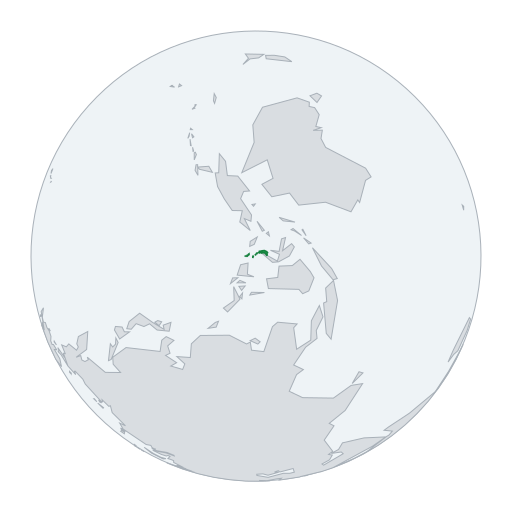 Sulawesi Utara on an orthographic globe, rotated 222°
{"feature_id": "IDN-513", "entity_name": "Sulawesi Utara", "entity_type": "Province", "adm_level": 1, "iso_a3": "IDN", "parent_name": "Indonesia", "parent_adm1": "", "projection": "orthographic", "projection_center": [125.095, 2.916], "detail": "fine", "context": "on_globe", "style": "filled", "palette": "green", "viewbox_px": 512, "rotation_deg": 222, "n_neighbors": 0, "source": "natural_earth", "source_scale": "10m", "svg_char_len": 9882}
<svg xmlns="http://www.w3.org/2000/svg" viewBox="0 0 512 512"><g transform="rotate(222 256 256)"><circle cx="256" cy="256" r="225" fill="#eef3f6" stroke="#a8b0b8"/><path d="M433.1,324.6L432.9,326.2L432.7,326.4L433.1,324.6ZM369.6,61.5L365.5,59.7L370.7,63.5L363.7,59.2L378.5,71.0L379.3,75.3L373.8,67.5L369.7,64.6L368.0,65.6L363.4,62.9L359.9,62.1L354.6,59.1L351.8,55.6L348.3,53.8L347.3,54.7L341.3,52.9L343.3,51.6L333.1,48.4L326.5,43.6L335.8,45.3L353.1,52.7L369.6,61.5ZM465.4,185.1L463.5,180.1L465.2,182.7L465.4,185.1ZM461.9,177.5L462.7,179.1L462.0,177.8L461.9,177.5ZM461.2,176.9L461.7,177.3L461.3,177.3L461.2,176.9ZM460.3,176.7L460.7,176.5L460.7,176.8L460.3,176.7ZM458.3,174.8L457.8,174.2L458.0,173.6L458.3,174.8ZM375.4,67.4L375.8,66.8L377.0,68.4L375.4,67.4ZM360.4,62.6L361.7,63.7L359.4,62.9L360.4,62.6ZM349.0,57.7L344.8,56.4L348.6,57.1L349.0,57.7ZM342.0,55.3L331.8,52.9L334.0,54.9L322.2,48.4L334.8,52.2L339.1,52.5L339.0,53.6L342.0,55.3ZM317.3,45.5L314.4,44.6L316.9,44.9L317.3,45.5ZM62.9,139.9L62.9,140.0L75.3,121.9L75.6,121.1L88.0,105.9L88.7,105.2L88.4,107.8L91.3,104.5L97.4,96.5L103.5,91.3L100.3,93.4L97.1,96.8L95.0,98.5L97.8,95.6L99.8,93.7L100.7,92.8L112.8,82.0L125.8,72.2L139.3,63.3L153.5,55.4L168.2,48.5L183.4,42.7L183.9,42.6L170.1,48.7L164.5,50.7L166.7,49.3L156.8,54.2L161.4,52.0L159.4,53.3L166.8,50.3L165.7,51.1L174.6,47.2L174.1,47.9L168.5,50.3L179.0,47.5L180.3,48.8L183.2,47.8L185.9,46.5L185.8,49.6L188.0,48.8L188.8,47.4L193.6,45.2L202.1,42.7L201.6,43.9L198.5,44.9L191.2,49.4L183.0,52.7L183.6,53.0L190.6,50.5L199.5,44.9L204.7,43.2L201.3,45.5L203.0,44.5L205.4,44.1L207.4,44.9L211.5,42.4L239.0,38.5L245.5,40.6L239.4,42.5L258.1,43.4L264.0,47.3L264.8,45.8L274.2,46.2L272.5,44.9L273.6,44.3L297.2,46.6L302.3,48.6L313.4,49.4L313.8,48.8L310.6,47.2L322.2,48.4L334.0,54.9L332.5,55.8L340.9,59.9L336.2,61.6L336.3,65.4L326.3,65.9L327.2,69.5L330.4,70.8L334.1,77.3L330.5,87.3L319.3,73.2L321.9,60.4L319.6,64.7L315.9,62.2L312.5,63.1L311.2,66.7L313.7,67.9L290.1,68.7L278.7,78.8L289.7,80.0L294.7,84.9L291.3,101.0L263.4,120.9L269.7,130.4L268.8,136.0L260.5,138.4L261.5,130.1L254.8,126.2L256.7,121.6L243.6,123.6L245.7,117.2L234.6,122.6L236.7,128.2L247.5,128.3L236.9,136.6L245.3,147.5L244.2,159.7L222.8,179.3L204.2,184.3L202.6,188.2L196.3,183.0L186.2,190.2L196.5,214.5L195.6,221.3L180.0,233.0L180.0,227.9L163.4,213.9L159.0,230.1L171.5,244.9L175.8,261.6L165.5,255.6L161.4,241.0L155.5,235.6L158.1,221.4L155.1,200.2L144.8,203.3L146.5,195.0L140.8,177.7L126.6,181.9L103.4,202.2L98.7,223.5L91.4,232.5L86.4,200.9L89.6,180.6L84.4,182.0L82.1,164.8L68.3,162.2L69.3,157.1L66.1,159.1L65.0,153.7L67.8,145.6L65.8,145.8L58.9,167.4L61.5,167.4L67.9,159.7L65.2,167.5L66.7,175.0L54.0,193.1L38.5,208.4L42.2,192.5L57.2,150.1L59.6,145.7L59.9,145.2L60.4,144.3L56.5,151.4L57.6,149.3L62.9,139.9ZM57.1,150.2L47.2,172.0L42.7,184.6L38.2,209.3L37.4,211.7L37.5,217.1L44.2,212.2L43.1,217.6L36.8,241.9L32.0,275.2L35.7,299.1L40.4,319.4L42.9,329.1L38.1,313.0L34.4,296.6L32.0,280.0L30.8,263.3L30.9,246.5L32.2,229.8L34.8,213.2L38.6,196.9L43.6,180.9L49.8,165.3L57.1,150.2ZM82.9,121.0L86.2,122.9L93.8,111.4L95.8,111.4L97.7,107.8L94.4,110.6L100.4,101.1L105.1,98.7L109.4,94.3L108.5,93.5L98.9,99.6L90.2,112.9L85.5,117.1L82.9,121.0ZM217.0,34.1L214.0,34.7L212.7,34.9L217.0,34.1ZM72.5,125.3L73.0,124.7L70.8,127.8L72.5,125.3ZM211.5,35.2L209.4,35.6L208.2,35.8L211.1,35.2L211.5,35.2ZM219.9,33.6L219.3,33.8L217.4,34.1L219.8,33.6L219.9,33.6ZM132.3,429.0L136.9,431.9L134.9,431.9L132.3,429.0ZM46.4,318.0L56.2,353.0L54.3,352.7L49.3,342.0L42.6,320.6L43.2,315.1L42.3,305.7L46.4,318.0ZM232.3,304.6L239.3,306.2L239.1,307.2L232.3,304.6ZM224.9,300.3L232.8,301.3L223.7,302.5L224.9,300.3ZM235.9,301.7L244.0,300.4L247.5,299.0L246.9,301.2L235.9,301.7ZM219.6,299.9L191.4,297.3L180.5,293.6L182.9,289.9L200.6,292.4L219.6,299.9ZM182.0,289.7L165.6,277.5L144.5,244.4L152.0,245.5L174.3,266.3L172.9,269.4L182.8,278.8L182.0,289.7ZM222.6,273.2L221.1,283.0L205.3,280.8L198.3,278.6L193.4,265.4L196.1,259.2L201.8,259.9L225.0,240.1L232.9,246.1L225.5,254.6L232.1,263.9L222.6,273.2ZM99.2,225.6L102.0,238.9L98.3,240.7L99.2,225.6ZM235.1,226.0L225.3,234.5L234.5,222.8L235.1,226.0ZM241.0,214.9L241.3,219.6L237.8,214.7L241.0,214.9ZM201.6,194.4L195.5,195.0L195.7,191.8L203.7,189.2L201.6,194.4ZM243.2,170.2L241.8,179.4L240.2,182.4L238.0,176.5L243.2,170.2ZM211.1,39.0L200.1,40.6L192.0,42.8L187.3,45.1L189.3,43.0L201.7,39.6L211.1,39.0ZM235.6,38.2L239.7,36.8L241.1,37.5L240.4,37.9L235.6,38.2ZM235.8,37.3L234.9,35.8L239.3,35.2L239.2,36.4L235.8,37.3ZM221.1,34.5L217.8,34.9L219.7,34.4L221.1,34.5ZM380.4,409.4L383.1,411.5L376.7,417.4L367.8,423.2L359.4,424.4L380.4,409.4ZM314.4,418.8L313.4,410.9L323.1,411.2L319.7,417.7L314.4,418.8ZM386.6,405.0L392.3,398.5L393.9,389.6L393.9,397.9L399.1,399.0L385.1,411.1L386.6,405.0ZM276.9,383.3L233.3,394.6L223.4,391.8L225.2,385.5L214.8,365.1L217.9,365.8L215.0,352.4L240.3,342.5L258.3,322.4L273.2,325.2L283.9,310.6L299.6,313.2L295.3,325.1L312.0,335.0L322.3,308.4L333.4,339.2L346.1,351.3L350.7,370.9L331.3,401.0L319.3,406.0L316.6,402.7L311.7,405.5L303.6,403.3L298.2,392.3L293.4,395.0L297.6,387.6L290.9,393.9L286.3,386.8L276.9,383.3ZM388.9,341.7L391.5,342.9L395.7,348.7L391.6,347.2L388.9,341.7ZM426.7,329.9L428.0,332.6L425.3,332.8L426.7,329.9ZM432.7,326.4L429.5,327.0L433.1,324.6L432.7,326.4ZM401.3,325.8L402.6,327.8L401.6,328.4L401.3,325.8ZM400.3,325.0L401.7,322.2L401.6,325.2L400.3,325.0ZM387.9,307.3L389.4,305.9L390.1,307.2L387.9,307.3ZM249.7,307.3L259.3,300.3L264.7,300.2L249.7,307.3ZM385.7,303.7L381.9,303.0L382.3,301.4L385.7,303.7ZM385.8,300.1L385.4,297.8L387.8,303.3L385.8,300.1ZM378.6,294.2L383.2,298.7L378.0,294.6L378.6,294.2ZM375.9,294.4L372.5,292.2L372.8,291.6L375.9,294.4ZM339.4,292.9L351.7,307.5L342.0,306.0L331.1,296.6L323.0,303.2L304.3,300.0L308.4,295.7L305.8,288.3L286.8,283.5L283.0,278.4L289.7,276.0L277.3,271.1L290.8,270.4L296.5,280.5L304.1,273.9L317.7,277.2L331.0,281.9L341.9,290.4L339.4,292.9ZM291.1,291.3L293.5,291.6L291.4,294.2L291.1,291.3ZM366.2,286.1L371.0,291.4L370.5,292.5L368.2,291.5L366.2,286.1ZM344.4,289.0L356.1,282.6L358.8,283.1L351.1,291.1L344.4,289.0ZM353.1,277.1L358.6,278.9L361.6,283.7L360.5,284.8L353.1,277.1ZM263.5,279.7L263.0,282.3L259.5,279.9L263.5,279.7ZM267.9,278.6L278.5,282.5L267.0,280.7L267.9,278.6ZM236.7,266.5L239.7,273.0L249.1,269.9L241.9,274.9L248.5,285.8L246.4,289.5L239.8,277.7L237.8,289.0L233.6,288.4L231.2,278.4L235.3,266.8L239.5,262.3L256.6,261.9L236.7,266.5ZM267.8,271.0L265.1,263.5L267.1,258.9L270.1,263.0L267.8,271.0ZM257.2,245.5L250.2,236.7L243.6,239.2L257.2,229.2L261.6,239.2L257.2,245.5ZM251.7,227.1L245.5,229.3L252.1,223.4L251.7,227.1ZM244.0,226.5L243.7,220.8L248.4,222.0L244.0,226.5ZM254.9,227.7L256.5,218.4L258.7,224.1L254.9,227.7ZM242.4,208.3L252.1,218.3L239.0,213.2L239.7,195.4L245.4,195.5L242.4,208.3ZM282.1,144.0L281.4,139.4L286.9,139.1L285.8,142.3L282.1,144.0ZM304.2,135.6L288.2,137.5L275.2,140.0L278.7,142.5L274.8,149.8L270.2,142.0L280.0,134.8L289.7,134.4L292.1,128.6L299.8,125.5L299.7,118.1L303.4,115.5L306.4,122.4L304.2,135.6ZM299.2,115.0L301.8,103.1L311.7,106.3L313.3,109.6L308.0,113.6L303.1,111.6L299.2,115.0ZM305.3,101.3L300.6,99.5L294.4,82.2L295.6,79.5L305.5,93.3L301.6,92.5L301.4,96.5L305.3,101.3ZM314.8,45.3L314.4,44.7L316.5,45.6L314.8,45.3ZM272.4,43.6L274.3,42.9L276.7,43.7L272.4,43.6ZM280.7,41.8L276.7,41.2L281.1,41.3L280.7,41.8ZM267.8,40.5L275.2,40.8L267.8,41.3L267.8,40.5Z" fill="#d9dde1" stroke="#a8b0b8" stroke-width="1"/><path d="M248.1,263.8L248.3,263.8L248.5,263.8L248.5,263.7L248.8,263.7L248.9,263.8L249.0,263.9L249.3,263.8L249.5,263.9L249.8,264.0L250.0,264.1L250.4,264.1L250.5,264.1L251.0,264.2L251.3,264.2L251.5,264.2L251.4,264.1L251.5,264.0L251.7,263.9L252.2,263.8L252.3,263.7L252.6,263.5L252.8,263.5L252.9,263.4L253.0,263.3L253.1,263.0L253.1,262.9L253.3,262.8L253.6,262.8L253.8,262.7L253.9,262.8L254.0,262.8L254.1,262.7L254.0,262.4L253.9,262.4L253.8,262.2L254.1,262.0L254.1,261.9L254.4,262.0L254.5,261.9L254.7,261.7L254.9,261.7L255.0,261.7L254.9,261.4L255.0,261.2L255.4,260.9L255.5,260.9L255.5,260.7L255.8,260.6L255.8,260.8L256.2,260.9L256.3,260.9L256.3,261.1L256.4,261.3L256.5,261.4L256.6,261.5L256.3,261.8L256.2,261.9L256.1,262.0L255.8,262.8L255.6,263.2L255.4,263.3L255.3,263.5L255.2,263.6L254.9,263.8L254.7,263.9L254.6,264.0L254.4,264.2L254.3,264.3L254.2,264.5L254.0,264.8L253.9,264.9L253.9,265.0L254.0,265.0L253.9,265.1L253.7,265.4L253.7,265.5L253.4,265.7L253.2,265.8L252.5,266.0L252.3,266.0L252.1,265.9L252.1,266.0L251.9,266.0L251.7,266.1L251.4,266.1L251.2,266.2L250.9,266.2L250.9,266.3L250.7,266.2L250.5,266.3L250.3,266.3L250.2,266.4L249.6,266.2L249.7,265.9L249.7,265.6L249.7,265.3L249.6,265.2L249.0,264.8L249.0,264.7L248.8,264.7L248.7,264.6L248.7,264.4L248.6,264.2L248.4,264.1L248.2,264.0L248.2,263.8L248.1,263.8ZM263.0,250.4L263.1,250.5L262.9,250.9L262.7,251.1L262.7,251.4L262.7,251.6L262.5,251.8L262.4,251.7L262.2,251.7L262.3,251.4L262.5,251.0L262.7,250.9L262.5,250.7L262.3,250.7L262.3,250.4L262.3,250.2L262.4,249.9L262.5,249.8L262.4,249.8L262.4,249.7L262.5,249.6L262.8,249.6L262.9,249.8L263.0,249.8L263.0,250.0L262.9,250.2L262.9,250.3L263.0,250.4ZM258.2,253.8L258.2,254.0L257.9,253.9L257.7,253.9L257.6,253.6L257.7,253.4L257.4,253.2L257.3,252.9L257.5,252.8L257.7,253.0L257.9,253.2L257.9,253.3L258.0,253.5L258.2,253.8ZM257.4,256.5L257.2,256.8L257.3,257.0L257.2,257.1L257.1,256.9L257.0,256.7L257.1,256.4L257.3,256.4L257.4,256.5ZM262.1,251.8L262.3,252.0L262.2,252.3L262.3,252.5L262.2,252.5L262.2,252.3L262.1,252.1L262.1,251.9L262.0,251.6L262.1,251.8ZM262.5,252.3L262.8,252.5L262.7,252.8L262.6,252.6L262.4,252.4L262.5,252.3ZM256.8,261.4L256.8,261.6L256.7,261.8L256.5,262.0L256.4,262.0L256.3,261.9L256.6,261.8L256.8,261.4ZM257.3,258.1L257.4,258.3L257.2,258.3L257.1,258.2L257.3,258.1L257.3,258.1ZM256.3,260.4L256.3,260.5L256.2,260.6L256.1,260.4L256.3,260.4L256.3,260.4ZM257.2,259.1L257.0,259.3L256.9,259.3L256.9,259.2L257.0,259.2L257.2,259.1ZM264.0,248.7L264.0,248.8L263.9,248.8L263.9,248.7L264.0,248.7Z" fill="#22c55e" stroke="#15803d" stroke-width="1.5"/></g></svg>